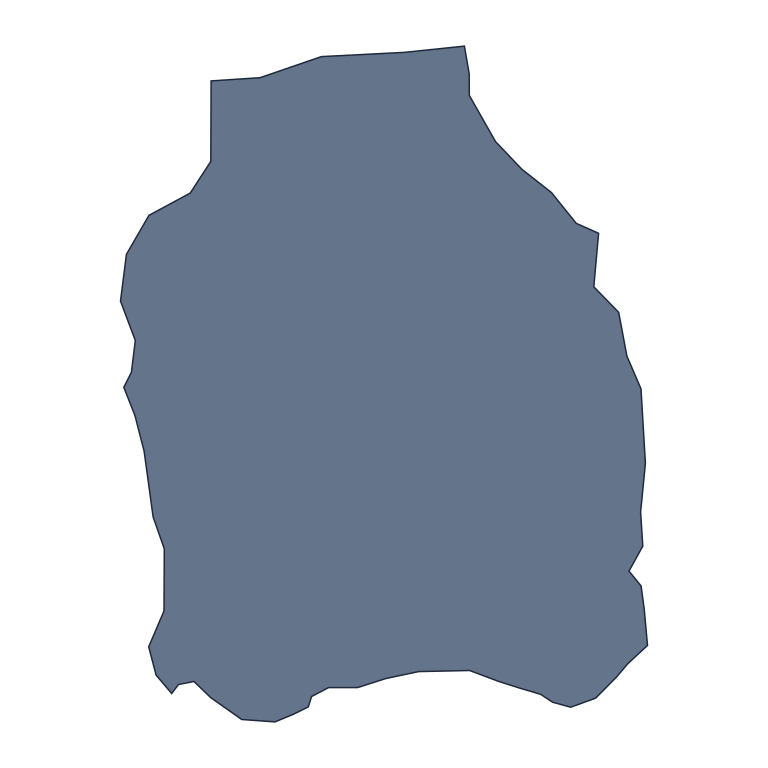 Vansbro, Dalarna, Sweden (orthographic projection)
{"feature_id": "70781695B18183991959246", "entity_name": "Vansbro", "entity_type": "district", "adm_level": 2, "iso_a3": "SWE", "parent_name": "Sweden", "parent_adm1": "Dalarna", "projection": "orthographic", "projection_center": [14.285, 60.47], "detail": "fine", "context": "isolated", "style": "filled", "palette": "slate", "viewbox_px": 768, "rotation_deg": 0, "n_neighbors": 0, "source": "geoboundaries", "source_scale": "gbopen_adm2", "svg_char_len": 869}
<svg xmlns="http://www.w3.org/2000/svg" viewBox="0 0 768 768"><path d="M171.7,693.5L178.5,684.5L194.0,681.5L210.9,697.8L241.7,719.5L275.0,721.9L293.5,714.2L308.3,706.9L311.6,696.5L328.6,687.6L357.6,687.6L385.6,678.6L418.6,671.6L469.6,670.5L498.6,681.4L520.6,688.4L540.6,694.3L552.7,702.3L570.7,707.2L595.7,698.1L616.6,677.0L627.5,664.0L647.5,645.4L644.2,608.9L641.1,586.0L629.0,571.1L642.8,546.1L640.6,512.2L645.4,463.4L641.0,388.8L626.9,356.1L618.7,312.4L593.8,286.8L598.6,233.3L576.3,223.4L551.4,192.5L522.0,169.4L495.6,141.7L469.3,95.4L469.2,73.8L464.4,46.1L404.0,52.4L321.4,56.6L260.0,77.7L211.1,80.9L211.0,111.1L210.8,161.4L190.2,193.1L149.0,215.3L126.4,254.4L120.5,301.1L135.3,340.5L131.4,372.3L123.8,387.3L134.9,415.4L144.1,451.1L153.1,516.9L164.3,548.9L164.0,611.0L148.7,646.8L156.1,675.1L171.7,693.5Z" fill="#64748b" stroke="#1e293b" stroke-width="1.5"/></svg>